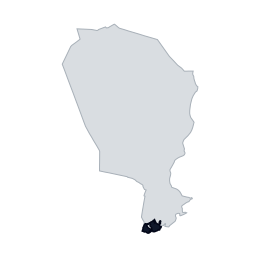 Téra, Tillabéri, Niger shown in context, rotated 282°
{"feature_id": "23599985B14211003047249", "entity_name": "Téra", "entity_type": "district", "adm_level": 2, "iso_a3": "NER", "parent_name": "Niger", "parent_adm1": "Tillabéri", "projection": "mercator", "projection_center": [0.75, 14.304], "detail": "fine", "context": "in_parent", "style": "filled", "palette": "ink", "viewbox_px": 256, "rotation_deg": 282, "n_neighbors": 0, "source": "geoboundaries", "source_scale": "gbopen_adm2", "svg_char_len": 4524}
<svg xmlns="http://www.w3.org/2000/svg" viewBox="0 0 256 256"><g transform="rotate(282 128 128)"><path d="M197.2,179.9L195.0,179.9L193.7,180.3L192.1,181.6L190.3,182.1L188.1,183.2L186.7,184.1L185.4,184.7L183.5,186.4L183.0,187.7L181.2,188.0L178.6,187.8L177.1,186.5L173.3,185.1L170.9,184.6L169.8,184.4L164.2,184.2L158.1,184.7L155.1,185.3L154.5,185.5L152.8,186.3L151.3,187.2L147.4,191.4L142.2,191.2L139.2,190.8L136.6,190.1L132.9,188.2L128.4,185.2L126.7,184.8L125.1,184.6L124.6,184.6L119.2,187.6L118.2,187.5L116.9,187.8L116.1,188.6L115.5,188.9L114.8,189.0L114.0,188.8L113.1,188.4L112.3,187.6L110.1,184.3L109.6,183.7L108.7,182.7L107.1,181.2L106.0,180.5L105.3,180.3L104.6,180.4L100.2,179.1L95.9,177.7L95.0,177.9L94.3,178.2L92.8,179.2L91.0,179.4L88.8,179.3L87.6,179.2L85.6,179.5L84.3,179.9L82.5,180.6L80.3,182.5L79.7,182.7L79.1,183.1L78.4,188.2L77.8,189.8L76.6,191.8L74.4,193.8L72.9,195.0L72.8,196.5L72.7,199.1L72.7,200.9L72.8,202.1L72.5,202.7L72.4,203.2L72.5,203.9L72.9,204.3L73.1,204.8L73.0,205.1L72.2,205.6L71.4,204.4L70.4,203.6L69.3,203.2L68.5,202.7L68.1,201.8L66.7,200.2L63.3,197.0L62.9,196.9L62.4,196.8L61.4,197.2L60.8,197.7L60.4,197.9L59.8,198.0L58.2,198.4L56.9,198.9L56.8,199.3L57.5,201.7L57.2,203.0L56.6,202.4L54.7,200.0L53.5,198.2L53.2,197.8L53.0,197.2L53.2,196.9L53.7,196.7L54.9,196.5L55.1,196.3L55.1,195.8L55.0,194.8L54.3,193.6L53.6,192.8L53.2,192.6L52.5,192.6L51.8,192.7L50.3,193.7L49.7,193.9L48.2,193.8L46.9,193.6L46.1,193.1L43.7,191.1L41.0,188.9L39.9,188.6L39.7,188.4L39.5,186.7L39.5,184.8L39.7,184.3L40.8,184.6L42.0,184.7L42.3,184.3L41.4,183.6L40.0,182.9L39.5,181.9L39.2,181.5L38.6,181.1L37.9,180.9L37.2,180.6L36.7,180.3L35.9,180.1L35.1,179.9L33.9,178.2L32.7,176.5L32.0,175.1L31.8,174.3L32.1,172.9L31.8,172.4L30.5,171.0L29.4,169.7L29.6,167.7L29.9,166.0L29.9,164.9L30.1,164.3L30.2,163.7L30.9,163.5L32.7,163.5L36.3,163.8L39.2,163.4L39.3,163.4L41.3,161.6L43.6,159.7L46.9,159.5L50.6,159.3L53.4,159.2L57.6,159.0L60.9,158.9L64.8,158.8L64.9,157.9L65.2,157.7L65.5,157.7L68.4,158.1L71.1,158.6L71.3,156.9L73.7,154.9L75.0,154.5L75.3,154.1L75.7,153.4L76.0,152.3L76.1,151.6L76.6,150.9L77.0,149.8L77.5,147.7L78.8,145.6L79.6,142.7L79.7,139.8L79.8,137.7L80.2,137.3L80.2,133.4L80.2,129.6L80.2,126.3L80.2,122.3L80.2,118.7L80.1,114.9L80.1,111.4L80.1,109.1L82.8,108.5L85.7,107.9L89.8,107.1L94.2,106.2L99.1,105.2L100.2,104.6L103.9,101.3L105.5,99.8L108.8,96.7L111.4,94.4L114.6,91.4L118.0,88.5L120.8,86.1L125.0,83.4L131.5,79.3L138.0,75.2L144.4,71.1L150.9,67.0L157.4,62.8L163.8,58.7L170.3,54.6L176.8,50.4L183.3,52.0L189.5,53.5L195.7,55.0L197.1,55.8L200.4,58.8L204.7,62.5L204.8,62.6L205.0,62.6L209.1,60.4L214.4,57.5L215.7,65.3L216.8,72.0L216.9,76.3L216.9,77.4L217.3,78.1L218.3,78.9L222.2,85.0L221.4,86.0L222.0,87.9L223.0,88.8L226.2,92.4L226.7,93.1L226.5,93.7L224.2,97.9L223.8,99.0L223.4,104.4L223.0,108.2L222.6,113.5L222.1,119.7L221.6,124.9L221.1,131.9L220.6,138.4L217.3,142.0L211.5,148.3L206.7,153.5L204.4,156.9L199.7,163.6L197.7,168.0L196.1,170.2L195.3,171.2L196.0,174.4L197.2,179.9Z" fill="#d9dde1" stroke="#a8b0b8" stroke-width="1"/><path d="M31.8,174.2L31.9,174.5L32.1,174.9L32.1,175.6L32.2,175.8L33.2,176.9L33.3,177.5L34.0,178.3L34.5,178.6L34.6,179.0L35.0,178.9L35.1,179.2L34.7,179.6L34.8,180.0L35.1,180.2L37.1,180.2L37.1,180.8L37.4,181.0L38.5,180.9L38.5,179.7L39.6,178.8L40.4,178.7L41.0,179.6L41.9,179.5L42.1,179.3L43.0,179.3L43.5,179.4L43.9,179.1L43.9,178.7L43.2,178.5L42.8,178.2L41.2,178.3L40.7,178.4L39.8,178.4L40.1,178.0L40.0,176.9L40.5,176.4L40.5,175.6L42.0,174.4L41.2,173.9L41.8,173.9L41.8,173.3L42.5,174.0L42.7,173.9L43.2,173.4L43.9,173.0L43.5,172.7L43.1,172.4L42.7,171.8L42.2,171.8L41.9,171.6L41.3,170.7L40.9,170.3L40.7,169.8L39.8,169.3L39.6,168.5L39.3,168.4L38.6,168.0L38.4,167.6L38.2,167.4L38.1,167.0L38.4,166.8L38.3,166.6L38.0,166.3L38.0,165.8L38.1,165.2L38.0,164.9L37.8,164.6L37.2,164.4L36.5,164.0L36.4,164.0L35.8,163.9L35.1,163.8L33.6,163.4L32.3,163.7L31.9,163.7L31.1,163.4L30.1,163.4L30.1,164.9L29.8,165.1L29.7,165.6L30.3,166.4L30.2,166.9L29.5,168.3L29.3,169.4L29.7,170.4L31.4,171.9L31.6,171.7L31.6,171.1L31.1,170.6L31.2,170.4L31.5,170.4L32.0,170.8L32.1,171.2L32.1,171.6L33.2,171.5L33.9,170.7L34.0,170.1L34.5,168.8L34.7,168.4L35.2,167.6L35.6,167.4L36.0,166.8L36.3,166.9L36.7,166.8L36.9,166.3L37.6,166.3L37.9,166.7L37.9,166.9L37.8,167.0L37.8,167.6L38.0,167.9L38.3,168.0L39.4,169.3L38.7,169.7L38.3,170.0L37.9,169.7L37.4,169.7L36.9,169.9L36.3,170.5L36.1,171.0L35.8,171.3L35.4,171.9L34.1,172.1L33.5,172.4L32.9,173.0L32.6,173.0L32.2,173.1L32.3,173.9L31.8,174.2Z" fill="#0f172a" stroke="#020617" stroke-width="1.5"/></g></svg>